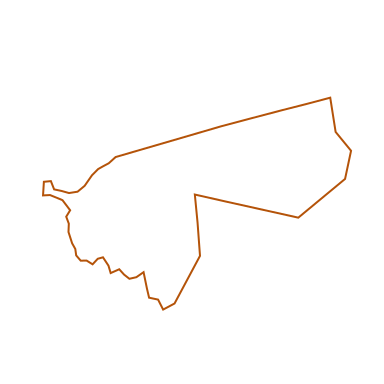 the district of São João do Polêsine, Rio Grande do Sul, Brazil, rotated 192°
{"feature_id": "56859067B22458483222443", "entity_name": "São João do Polêsine", "entity_type": "district", "adm_level": 2, "iso_a3": "BRA", "parent_name": "Brazil", "parent_adm1": "Rio Grande do Sul", "projection": "natural_earth1", "projection_center": [-53.44, -29.641], "detail": "fine", "context": "isolated", "style": "outline", "palette": "amber", "viewbox_px": 384, "rotation_deg": 192, "n_neighbors": 0, "source": "geoboundaries", "source_scale": "gbopen_adm2", "svg_char_len": 787}
<svg xmlns="http://www.w3.org/2000/svg" viewBox="0 0 384 384"><g transform="rotate(192 192 192)"><path d="M304.5,127.2L298.6,116.9L294.3,112.0L292.1,105.9L286.6,101.7L280.8,103.0L274.2,100.6L270.3,107.1L265.5,109.6L258.4,102.6L254.7,95.8L247.1,101.3L241.3,97.1L235.2,94.1L228.7,97.1L222.7,103.5L216.0,88.2L212.0,79.7L202.8,79.7L195.8,71.0L185.9,79.3L170.9,131.2L180.2,163.2L188.7,190.1L157.6,189.7L82.7,189.0L45.0,236.6L45.0,265.4L64.0,280.6L76.4,313.0L97.5,302.3L120.6,290.9L149.2,276.5L177.2,262.3L274.0,210.3L279.4,202.8L284.4,198.6L288.6,194.9L293.3,187.6L298.3,175.7L304.0,168.5L312.1,165.4L319.7,165.9L327.4,165.9L332.3,173.3L339.0,171.2L337.0,157.7L330.2,159.5L317.0,157.1L307.4,148.8L309.9,141.7L305.9,135.4L304.5,127.2Z" fill="none" stroke="#b45309" stroke-width="2"/></g></svg>